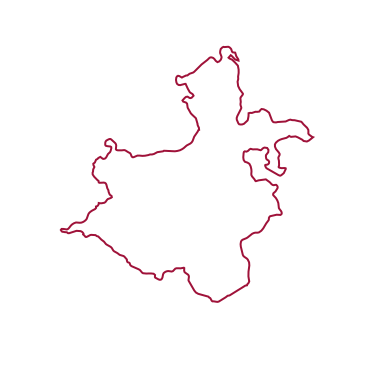 Southern Nations, Nationalities and Peoples, Mercator projection, rotated 329°
{"feature_id": "ETH-3129", "entity_name": "Southern Nations, Nationalities and Peoples", "entity_type": "Administrative State", "adm_level": 1, "iso_a3": "ETH", "parent_name": "Ethiopia", "parent_adm1": "", "projection": "mercator", "projection_center": [36.895, 6.444], "detail": "fine", "context": "isolated", "style": "outline", "palette": "rose", "viewbox_px": 384, "rotation_deg": 329, "n_neighbors": 0, "source": "natural_earth", "source_scale": "10m", "svg_char_len": 6063}
<svg xmlns="http://www.w3.org/2000/svg" viewBox="0 0 384 384"><g transform="rotate(329 192 192)"><path d="M120.1,251.1L119.1,250.6L118.3,249.7L116.4,246.5L116.4,245.8L117.6,244.1L117.0,242.3L114.9,240.7L110.6,238.2L108.2,236.4L107.7,235.4L107.2,232.2L106.5,230.8L102.1,224.6L101.6,223.5L101.5,222.8L101.9,220.8L101.7,220.2L100.8,219.2L100.6,218.7L100.8,217.4L101.4,216.3L100.8,212.8L100.4,211.7L97.6,208.6L96.6,206.0L94.7,202.7L94.4,201.7L94.4,198.5L94.0,197.1L91.9,193.4L91.4,192.3L91.0,189.2L89.8,186.2L88.7,181.8L87.7,180.8L87.1,179.3L83.5,176.8L82.6,176.5L79.1,176.3L78.2,176.1L77.6,175.6L77.2,173.4L76.9,172.6L76.8,172.3L77.6,171.7L77.5,170.7L77.3,169.7L76.4,168.2L73.0,165.8L65.4,164.0L64.5,163.4L64.0,162.1L61.8,160.5L60.9,159.5L60.5,159.4L60.1,158.8L60.0,157.0L61.2,156.5L62.7,157.4L65.5,159.7L66.9,159.8L68.3,159.4L70.9,158.4L72.8,158.0L74.9,158.0L76.9,158.4L80.0,160.6L81.5,161.3L83.2,161.6L84.9,161.6L86.6,161.3L87.9,160.8L91.8,157.6L93.3,156.9L95.0,156.6L96.9,156.5L100.1,156.7L101.5,156.3L102.2,155.0L103.3,155.3L104.5,155.1L105.7,154.4L106.4,153.4L107.4,154.3L108.7,155.1L111.4,156.1L112.7,156.0L115.0,155.0L116.2,154.7L119.3,155.3L120.6,155.2L121.0,153.9L120.3,152.4L120.2,151.3L120.6,148.9L121.2,147.5L121.3,145.3L122.4,141.6L122.5,140.4L122.1,139.3L121.2,138.5L117.5,136.5L117.0,135.8L117.6,134.2L117.1,133.2L116.0,128.4L115.9,125.8L116.7,124.3L117.6,123.6L119.0,121.7L121.2,120.3L121.4,118.1L122.0,116.9L123.9,116.7L126.4,114.9L128.0,115.0L129.2,114.6L131.5,114.7L132.4,117.0L132.9,117.9L134.4,118.5L135.5,118.4L136.7,117.9L139.5,116.2L142.3,115.6L143.5,114.8L145.5,112.8L145.9,111.8L145.5,111.0L142.9,109.0L141.9,107.9L141.9,106.9L143.1,105.0L144.0,104.2L145.1,103.8L147.6,103.9L148.8,104.2L149.5,104.7L149.9,105.6L151.4,110.6L151.4,111.9L151.0,113.1L148.8,116.1L148.9,117.1L149.9,118.1L153.2,120.1L155.0,120.9L155.8,121.4L156.4,122.2L157.7,124.8L158.9,126.8L159.0,127.6L158.6,130.5L158.9,131.5L159.9,132.1L164.0,132.7L166.1,134.0L168.1,135.5L170.4,136.7L173.7,137.9L175.3,138.2L177.0,139.2L178.9,139.8L182.8,140.0L188.1,142.2L189.2,142.2L198.3,148.3L200.7,149.3L203.1,150.0L205.5,150.2L207.5,150.1L211.4,149.4L215.6,149.6L217.3,149.3L218.9,148.5L222.4,145.7L227.7,143.3L229.5,142.2L230.1,142.4L231.0,140.5L231.2,138.1L231.5,137.0L231.8,136.6L233.3,130.9L233.2,130.3L232.0,126.1L231.5,124.0L231.7,117.5L233.3,113.7L232.9,112.2L231.0,110.0L231.0,108.6L234.3,107.6L235.9,107.4L237.3,108.0L238.4,110.2L239.2,110.8L240.3,111.0L242.9,110.3L243.0,108.9L242.7,107.9L241.8,106.2L241.5,105.2L241.6,101.3L242.2,96.0L241.7,95.7L236.9,94.3L235.6,93.3L234.9,91.6L235.1,90.0L236.0,87.7L237.5,85.8L238.6,85.2L239.9,85.2L240.9,86.2L242.3,88.7L243.5,88.7L247.0,89.1L248.1,89.7L250.8,89.4L254.5,90.2L255.8,90.1L265.9,87.6L273.2,86.7L276.2,86.0L277.2,86.2L278.2,86.8L279.2,88.0L279.7,89.5L279.9,91.8L280.7,93.8L282.7,94.1L284.9,93.4L286.5,92.1L287.0,91.1L287.7,87.3L288.8,85.7L290.3,84.2L292.5,83.7L293.7,83.8L294.5,84.5L297.9,86.2L298.6,87.2L299.0,88.4L299.2,89.7L298.6,92.3L298.8,93.2L300.8,94.8L299.9,98.5L300.0,102.2L299.5,103.3L297.5,101.0L297.1,100.1L296.1,95.8L295.6,94.7L292.5,95.7L292.9,96.9L294.5,99.2L295.6,103.2L296.4,107.3L295.0,111.1L293.3,114.0L290.9,116.9L289.8,119.0L287.9,120.9L286.1,125.0L285.8,128.5L286.3,133.9L285.8,134.6L282.4,136.0L281.7,136.7L280.2,139.9L278.8,141.6L278.3,142.7L277.8,144.9L277.2,145.7L269.9,150.3L268.4,151.6L267.6,153.2L267.1,157.1L267.3,158.2L268.3,159.1L269.7,159.9L271.6,160.3L276.5,159.3L277.3,158.6L279.5,156.1L281.1,153.6L282.4,154.0L284.1,155.1L287.7,155.9L289.4,157.0L291.2,157.7L293.0,156.9L294.4,156.7L296.1,158.1L297.7,160.6L298.9,163.7L297.4,171.9L297.6,173.7L298.0,174.3L299.8,175.6L301.6,176.2L308.6,179.8L312.1,180.2L313.5,180.6L314.9,182.0L316.9,183.3L321.8,188.0L322.1,189.0L322.4,191.4L323.7,196.2L323.7,198.6L323.1,199.8L321.8,201.9L321.9,203.1L323.3,206.5L324.0,207.4L318.8,208.1L316.5,207.9L313.9,205.7L313.5,204.1L310.9,199.7L309.4,197.7L305.4,195.8L304.9,195.3L304.2,194.0L302.3,194.2L300.8,194.2L296.4,192.9L294.3,192.5L292.1,192.4L289.4,192.9L287.6,193.9L286.5,195.8L286.1,198.4L286.8,203.0L286.7,204.6L286.1,205.4L283.9,206.8L283.3,207.8L282.6,210.0L280.8,213.3L280.1,214.3L279.2,215.1L279.1,215.5L279.4,216.1L280.8,217.5L283.9,219.3L284.5,219.9L284.3,220.5L280.4,223.1L277.1,223.6L275.9,223.4L274.8,222.0L268.3,210.4L268.0,209.4L268.1,207.8L268.5,206.7L269.3,206.7L270.5,207.3L271.7,207.4L272.8,207.0L273.7,205.8L273.8,204.5L272.8,202.5L272.9,201.3L273.8,199.3L274.4,198.5L277.8,197.2L279.2,195.3L279.1,193.0L277.1,191.3L276.2,191.1L275.2,191.1L273.0,191.6L272.3,191.5L269.9,189.0L266.1,186.8L264.5,185.2L263.3,185.1L261.3,185.6L259.6,185.5L258.1,184.3L257.2,184.4L256.3,185.2L253.8,188.7L252.8,191.0L252.9,193.3L254.7,195.4L255.7,197.4L255.5,200.2L254.6,203.0L253.6,205.0L252.1,207.1L251.6,208.2L251.5,209.6L252.1,213.5L252.0,214.9L252.3,215.6L255.3,216.4L261.8,219.2L263.7,223.7L264.2,226.2L264.7,227.4L265.6,228.3L266.9,228.7L267.9,229.3L268.2,230.6L268.0,231.9L267.2,232.8L263.9,234.5L261.2,235.0L260.4,235.6L260.0,236.6L260.8,240.3L260.8,243.1L260.3,245.9L258.2,250.5L258.2,251.6L258.5,254.1L258.4,255.4L258.0,256.4L257.2,257.1L256.0,257.2L252.9,255.1L246.5,253.0L245.4,253.3L244.5,253.9L243.9,254.9L243.2,255.6L239.5,257.1L234.3,259.9L231.5,260.9L228.6,261.1L227.4,260.7L225.2,259.4L223.8,259.0L222.1,258.8L216.2,259.6L214.9,259.6L210.9,259.0L209.6,259.1L208.4,259.8L206.8,261.7L205.7,264.0L203.2,272.0L203.1,273.2L203.5,274.6L204.7,277.2L205.0,278.6L204.7,281.7L203.3,284.5L199.4,289.4L196.9,293.4L195.0,298.1L193.6,299.1L191.7,299.7L191.1,300.3L189.5,299.7L171.2,300.0L170.6,299.9L169.1,299.3L166.7,299.6L158.6,299.7L157.4,299.4L156.3,298.6L154.2,296.8L153.2,296.2L152.9,295.4L153.0,292.4L152.3,291.2L152.2,290.2L144.9,282.5L143.6,280.2L143.2,277.6L143.4,266.4L143.6,265.7L145.7,263.1L146.1,262.0L146.1,260.9L144.6,257.6L144.4,256.6L144.8,255.3L146.2,253.2L146.0,252.7L143.0,251.6L139.5,249.4L138.2,249.1L134.9,250.0L133.6,249.7L131.3,247.8L130.1,247.1L128.1,246.7L126.0,246.9L124.8,247.7L122.6,250.1L121.4,250.9L120.1,251.1Z" fill="none" stroke="#9f1239" stroke-width="2"/></g></svg>